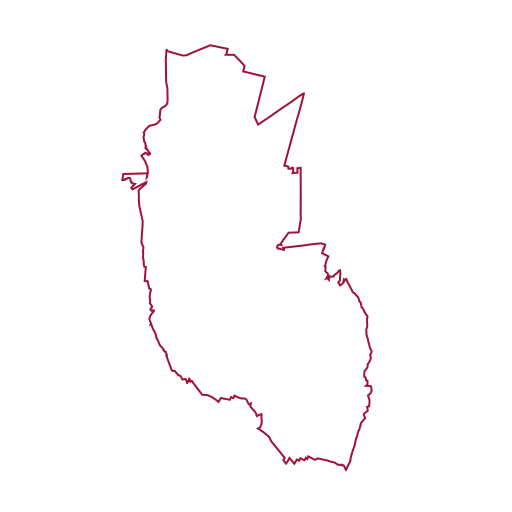 Acatlán de Juárez, Jalisco, Mexico (Natural Earth projection), rotated 196°
{"feature_id": "50627088B47037600563215", "entity_name": "Acatlán de Juárez", "entity_type": "district", "adm_level": 2, "iso_a3": "MEX", "parent_name": "Mexico", "parent_adm1": "Jalisco", "projection": "natural_earth1", "projection_center": [-103.612, 20.424], "detail": "fine", "context": "isolated", "style": "outline", "palette": "rose", "viewbox_px": 512, "rotation_deg": 196, "n_neighbors": 0, "source": "geoboundaries", "source_scale": "gbopen_adm2", "svg_char_len": 6055}
<svg xmlns="http://www.w3.org/2000/svg" viewBox="0 0 512 512"><g transform="rotate(196 256 256)"><path d="M288.3,116.7L287.4,115.0L287.1,115.0L287.0,116.2L286.6,116.8L286.3,119.5L285.2,118.5L284.9,117.9L284.8,117.2L284.5,117.0L283.8,118.0L282.7,118.1L281.7,116.9L269.5,107.8L264.0,108.9L259.8,108.3L253.7,106.3L251.8,105.4L250.6,109.8L241.5,110.6L241.1,113.5L238.6,113.2L238.1,115.9L234.0,115.1L231.9,115.0L230.5,115.1L228.3,115.7L226.6,115.9L225.0,114.8L223.1,112.5L221.9,111.4L220.4,112.9L220.0,110.5L219.8,109.5L215.2,106.8L213.0,105.2L212.6,104.8L211.4,102.7L210.9,102.3L209.5,103.9L207.2,105.5L206.7,104.6L206.8,104.4L206.7,103.5L206.5,102.8L204.8,98.5L204.5,96.8L204.4,95.5L204.8,92.8L205.2,91.9L206.5,90.7L204.9,90.3L202.0,89.2L200.6,88.9L193.7,85.8L190.5,82.4L188.7,81.0L172.8,69.9L173.5,67.4L169.9,64.7L169.1,66.9L168.2,71.1L161.9,66.9L160.6,71.6L159.0,71.6L158.2,71.2L157.6,73.9L153.3,72.9L152.7,74.1L152.5,75.8L150.7,75.0L150.5,77.8L143.5,76.3L141.8,77.4L141.2,78.3L140.4,78.5L130.9,79.1L129.9,79.0L126.6,78.9L123.6,79.2L123.0,79.0L122.8,78.7L121.4,78.6L120.4,78.0L115.3,78.5L114.5,78.7L114.7,78.9L113.9,78.8L111.7,76.6L111.1,75.6L110.6,75.2L108.8,84.9L109.0,84.9L109.2,86.5L109.4,90.7L109.3,97.3L109.0,100.0L109.5,108.9L109.1,109.9L109.4,114.2L109.3,115.9L108.9,116.9L108.9,122.6L109.1,122.7L109.0,124.4L106.4,130.3L108.4,132.6L108.6,134.3L105.9,138.1L107.6,141.7L105.8,142.7L107.0,148.4L107.4,149.2L109.9,152.8L108.1,155.6L107.7,158.8L109.7,162.5L114.4,161.6L113.4,162.9L114.0,165.3L114.5,166.8L116.0,166.9L116.8,168.9L117.5,169.6L118.5,169.6L119.2,171.5L119.7,173.7L119.9,175.2L119.7,175.9L118.7,178.2L118.2,179.9L118.8,183.0L118.5,183.5L118.0,185.2L117.5,187.4L117.5,189.6L119.0,192.4L118.4,195.0L118.6,196.0L119.1,197.1L120.1,197.9L121.7,200.0L121.9,200.6L124.3,204.4L125.4,206.7L128.0,210.7L129.8,216.0L129.6,218.3L129.7,219.3L130.0,220.2L131.9,225.5L132.1,228.6L132.6,229.3L134.1,230.1L135.7,231.6L137.7,233.7L138.4,234.6L139.8,235.5L140.4,235.7L140.8,236.9L142.6,240.1L143.0,240.4L143.8,240.5L146.0,244.0L147.1,245.0L148.4,245.5L150.9,247.3L152.4,247.7L153.9,248.7L154.7,249.9L157.2,252.3L158.9,254.2L160.2,255.4L161.3,256.7L162.3,257.6L162.1,257.8L162.8,258.8L163.5,258.2L163.9,257.5L165.0,257.8L165.0,255.8L164.4,255.5L164.4,255.1L165.2,253.4L165.9,252.3L167.0,251.1L167.3,250.9L168.4,252.3L169.6,253.1L168.6,255.7L169.5,259.1L169.8,261.5L170.5,263.7L171.3,265.5L171.6,265.4L172.1,264.8L173.3,261.9L174.6,260.3L175.4,259.7L175.8,257.6L178.8,256.7L179.9,256.8L179.3,253.2L180.5,253.9L180.0,254.8L180.7,254.6L181.0,254.7L182.2,253.8L181.9,254.8L181.9,255.6L181.6,256.0L181.4,257.3L181.6,258.3L182.9,259.4L183.6,259.7L184.1,259.8L184.9,260.3L185.4,261.0L185.6,263.0L185.7,263.5L186.5,264.6L185.6,264.4L186.8,265.4L187.1,270.4L186.3,275.6L193.2,276.9L193.1,282.1L192.6,282.0L192.6,285.9L196.8,286.1L197.8,285.8L208.8,281.3L210.9,280.2L232.1,271.4L230.8,270.0L230.7,269.6L236.3,269.3L236.6,269.6L237.4,269.3L237.5,269.7L238.2,270.3L238.2,271.6L237.6,272.7L237.0,273.2L234.7,273.6L235.6,274.5L234.1,279.6L233.7,280.1L231.1,287.4L221.5,290.5L223.2,304.3L224.6,308.3L225.5,311.8L228.8,323.3L228.7,323.2L237.4,353.1L240.4,351.8L239.1,347.5L243.6,345.8L243.5,346.8L244.5,350.8L245.9,350.8L246.4,349.6L248.5,348.9L249.0,348.9L249.5,350.8L252.9,350.9L252.9,350.7L253.7,350.7L254.3,399.0L254.2,408.8L254.4,414.0L254.3,414.4L254.7,425.5L254.9,425.5L257.7,422.6L266.1,412.0L270.8,406.5L280.8,394.1L290.2,382.9L295.3,388.8L295.6,388.9L297.0,430.8L319.2,429.9L319.3,435.4L322.4,437.5L331.6,442.9L332.7,443.3L340.6,441.1L340.5,441.5L340.1,442.3L340.3,447.3L358.0,446.0L373.2,434.0L377.4,430.4L378.5,429.6L380.0,429.1L382.0,428.5L398.2,428.5L399.0,430.4L397.0,420.4L390.3,398.4L387.5,393.1L384.0,381.8L383.4,378.7L383.6,377.2L384.1,376.0L384.9,374.7L386.5,373.4L387.6,371.9L388.0,370.6L388.2,369.2L387.8,368.3L387.5,365.8L387.1,365.3L387.2,362.8L385.8,361.2L385.4,360.6L385.6,359.9L386.1,359.4L386.9,357.5L387.9,355.8L389.8,354.3L392.1,353.1L394.6,351.6L397.1,346.7L397.6,344.8L397.5,344.5L398.1,343.8L397.0,342.3L396.8,341.5L396.9,340.2L396.9,339.0L395.9,337.3L394.8,334.9L394.0,334.5L392.0,331.2L392.4,331.2L391.8,329.0L391.3,328.7L390.1,328.7L389.3,327.7L388.3,327.2L387.9,325.9L386.6,325.9L386.1,325.4L386.1,325.1L386.2,324.4L387.5,323.4L387.9,323.5L389.9,324.6L390.8,324.8L391.8,323.1L392.3,323.0L393.8,321.0L390.5,318.0L389.2,317.0L388.5,316.3L387.1,314.3L385.1,312.0L383.6,308.4L383.1,306.8L382.8,305.3L382.9,304.5L382.4,301.9L382.6,301.4L383.3,305.5L406.2,298.2L405.4,292.1L403.5,292.8L403.0,293.2L403.2,293.6L402.9,294.1L402.3,294.0L401.6,294.5L400.8,295.6L399.0,296.2L398.2,295.7L397.7,294.9L397.4,293.8L396.1,292.8L396.2,292.7L396.2,292.3L395.4,292.3L395.0,291.9L393.8,291.8L392.2,291.9L394.7,287.2L393.1,286.0L386.1,292.7L386.1,293.1L385.3,293.5L381.8,296.8L381.7,295.3L381.9,294.9L386.2,288.5L386.7,286.9L386.7,286.1L384.6,279.7L384.6,279.4L384.1,277.4L383.9,277.2L381.9,271.8L374.7,258.6L374.3,257.4L373.6,254.7L370.1,238.3L369.6,236.9L369.4,236.9L368.5,235.6L366.6,233.4L366.4,232.5L365.9,228.6L365.7,228.6L365.4,228.3L364.3,223.8L362.1,219.2L362.1,218.9L361.8,217.3L360.4,214.9L358.9,215.1L356.1,201.2L353.2,201.9L349.6,195.2L348.5,195.3L347.9,195.0L347.7,194.6L347.4,189.8L347.1,188.0L346.7,186.8L345.3,183.8L345.0,181.2L343.7,180.4L341.9,178.8L342.1,177.7L342.6,176.8L342.9,175.9L342.6,175.3L342.0,174.8L341.2,174.6L340.9,175.1L340.1,175.5L339.5,175.5L339.0,175.3L338.9,175.0L339.2,174.4L339.5,173.3L340.6,171.3L341.2,168.6L341.2,166.6L341.0,165.9L339.9,164.1L339.6,163.9L338.8,162.8L338.5,162.3L338.5,161.8L338.3,162.1L335.0,157.5L333.1,155.8L330.3,152.3L329.9,151.2L329.2,150.3L329.2,150.0L327.1,147.9L324.4,144.4L323.1,143.2L321.3,142.3L319.0,140.6L319.0,139.9L316.9,138.8L316.4,139.0L316.2,138.2L314.3,136.3L314.2,135.8L314.6,135.3L305.3,122.7L304.0,122.8L304.0,122.7L302.1,123.0L300.5,121.7L299.8,121.5L299.2,121.1L298.9,120.7L298.0,120.2L296.7,120.1L295.5,119.8L295.2,119.4L294.5,119.0L293.1,117.3L292.7,117.0L292.4,117.1L291.3,117.7L289.9,118.3L288.9,117.5L288.3,116.7Z" fill="none" stroke="#9f1239" stroke-width="2"/></g></svg>